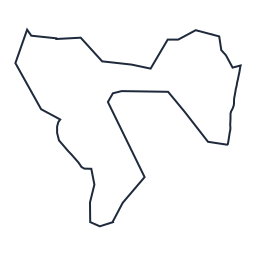 outline of Morne Road, Castries, Saint Lucia
{"feature_id": "8701671B28120595422367", "entity_name": "Morne Road", "entity_type": "district", "adm_level": 2, "iso_a3": "LCA", "parent_name": "Saint Lucia", "parent_adm1": "Castries", "projection": "equal_earth", "projection_center": [-60.995, 14.006], "detail": "fine", "context": "isolated", "style": "outline", "palette": "slate", "viewbox_px": 256, "rotation_deg": 0, "n_neighbors": 0, "source": "geoboundaries", "source_scale": "gbopen_adm2", "svg_char_len": 959}
<svg xmlns="http://www.w3.org/2000/svg" viewBox="0 0 256 256"><path d="M219.2,36.4L195.7,30.2L178.2,39.6L167.7,39.6L150.6,68.6L131.6,64.6L102.6,61.4L102.2,61.4L80.7,37.7L56.3,39.0L56.3,38.3L31.3,35.7L27.1,29.7L15.4,63.1L41.1,109.2L60.2,119.5L58.3,122.1L57.1,126.6L57.1,132.9L59.0,140.4L68.1,151.0L71.9,155.0L78.6,162.7L81.5,167.0L84.3,168.6L91.3,168.8L94.4,184.6L90.0,202.4L90.2,222.1L99.8,226.3L113.0,222.1L112.8,221.6L122.7,202.8L144.6,177.1L107.9,102.0L112.9,93.3L121.6,91.1L168.1,91.8L184.5,111.6L208.0,141.8L227.1,144.7L227.8,144.2L228.3,141.7L229.0,137.2L229.7,132.7L230.3,129.9L230.4,127.8L230.2,124.9L230.5,118.6L230.5,116.4L230.5,113.7L231.1,111.4L232.3,109.2L232.9,107.9L233.6,105.9L234.0,103.8L234.0,101.1L234.2,98.0L234.6,96.0L235.1,93.1L235.5,91.1L235.8,88.9L236.6,85.9L237.2,82.2L237.9,79.4L238.6,75.8L239.4,72.2L239.8,69.6L240.2,67.3L240.6,65.5L232.6,67.6L225.9,55.2L221.3,50.2L219.2,36.4Z" fill="none" stroke="#1e293b" stroke-width="2"/></svg>